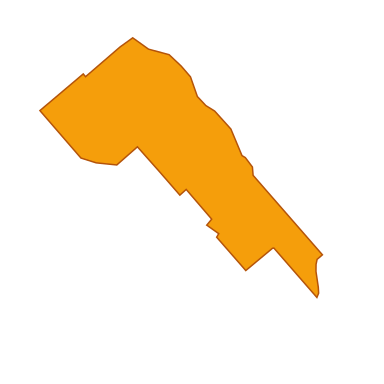 Cayuga, New York, United States of America, rotated 142°
{"feature_id": "52423323B60491080416719", "entity_name": "Cayuga", "entity_type": "district", "adm_level": 2, "iso_a3": "USA", "parent_name": "United States of America", "parent_adm1": "New York", "projection": "orthographic", "projection_center": [-76.569, 43.019], "detail": "fine", "context": "isolated", "style": "filled", "palette": "amber", "viewbox_px": 384, "rotation_deg": 142, "n_neighbors": 0, "source": "geoboundaries", "source_scale": "gbopen_adm2", "svg_char_len": 665}
<svg xmlns="http://www.w3.org/2000/svg" viewBox="0 0 384 384"><g transform="rotate(142 192 192)"><path d="M143.8,350.0L159.2,350.6L204.9,348.4L205.0,352.0L261.7,349.8L261.7,349.1L258.8,290.8L258.6,287.1L249.6,274.0L234.6,259.6L207.2,261.2L205.1,227.7L203.5,197.0L195.0,197.6L193.2,158.5L200.8,156.8L196.6,142.7L200.4,141.2L198.6,108.6L198.0,97.0L163.2,98.1L162.0,97.4L158.5,32.0L154.5,34.3L151.1,39.2L143.2,53.1L138.8,58.6L134.9,61.9L127.9,62.2L133.6,167.5L129.0,174.5L128.8,186.3L130.2,189.9L122.6,217.7L124.3,241.8L127.9,251.6L129.0,263.9L122.3,283.7L123.0,297.9L125.5,314.3L138.3,331.3L143.8,350.0Z" fill="#f59e0b" stroke="#b45309" stroke-width="1.5"/></g></svg>